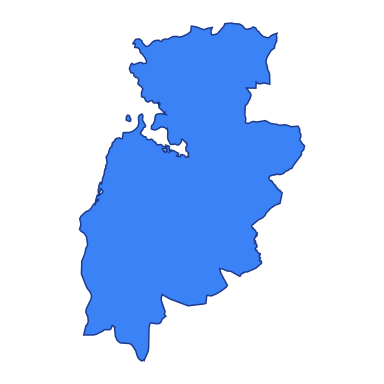 Misungwi, Mwanza, United Republic of Tanzania (Robinson projection)
{"feature_id": "72390352B3687042598615", "entity_name": "Misungwi", "entity_type": "district", "adm_level": 2, "iso_a3": "TZA", "parent_name": "United Republic of Tanzania", "parent_adm1": "Mwanza", "projection": "robinson", "projection_center": [32.979, -2.954], "detail": "fine", "context": "isolated", "style": "filled", "palette": "blue", "viewbox_px": 384, "rotation_deg": 0, "n_neighbors": 0, "source": "geoboundaries", "source_scale": "gbopen_adm2", "svg_char_len": 5954}
<svg xmlns="http://www.w3.org/2000/svg" viewBox="0 0 384 384"><path d="M83.7,335.0L93.1,335.0L96.1,334.4L102.9,331.0L104.3,329.7L109.4,329.7L110.7,329.2L112.3,325.4L115.0,327.4L114.5,327.9L115.4,336.3L116.7,339.5L118.0,341.2L120.4,342.9L128.9,343.5L130.4,344.0L132.4,345.6L135.7,350.7L137.6,356.9L139.1,359.1L141.7,361.0L143.7,359.8L144.1,360.5L148.1,351.4L148.6,348.5L149.0,328.0L149.8,323.9L150.7,322.9L157.1,323.8L159.5,323.4L160.5,322.8L162.4,318.9L165.9,316.1L164.3,314.5L165.1,311.6L161.3,300.6L161.3,297.5L162.2,294.5L170.0,299.0L188.2,305.8L204.1,303.9L205.9,303.3L206.8,295.4L211.5,295.9L216.3,293.9L221.6,290.7L226.1,287.3L227.4,285.4L221.0,273.5L219.6,268.8L222.4,268.9L227.2,271.0L230.8,271.3L239.9,276.4L241.4,273.9L245.6,271.8L247.1,272.0L255.8,268.2L261.5,263.2L261.5,261.9L260.8,260.6L259.8,260.9L259.4,259.6L260.5,258.1L259.6,257.2L259.1,255.3L260.1,254.9L260.3,253.8L257.8,252.7L256.8,250.2L255.2,249.7L255.3,248.1L256.5,247.5L257.2,246.1L256.5,245.4L256.5,244.0L254.8,243.4L254.7,242.6L255.8,241.9L255.3,240.8L254.4,240.8L254.1,239.3L254.8,238.7L255.2,237.1L255.8,236.9L256.0,235.9L256.8,235.9L257.1,235.0L256.2,234.9L257.4,233.1L256.4,232.6L255.3,230.3L254.5,230.2L254.0,229.0L253.1,228.8L253.1,228.0L252.1,227.9L251.5,225.7L258.5,219.8L262.1,218.1L264.9,215.6L266.0,213.3L270.6,208.3L275.3,205.1L280.0,203.4L282.1,193.3L282.0,192.4L280.4,191.5L279.9,190.2L278.1,190.0L278.0,188.7L276.3,187.2L275.4,185.2L274.3,184.8L271.6,180.7L270.6,180.9L269.1,179.2L268.9,177.8L270.0,176.0L273.2,174.9L274.6,175.1L275.8,174.2L277.2,174.5L277.9,173.9L279.7,174.7L283.2,173.6L286.2,170.8L287.6,170.8L289.7,169.0L291.8,168.4L293.5,165.3L301.5,154.7L301.4,152.1L303.7,149.7L304.5,145.8L302.1,143.4L300.1,140.1L299.8,138.8L300.8,137.1L300.8,134.3L299.5,131.8L299.9,129.6L298.1,126.2L291.2,126.7L285.8,124.8L278.7,125.3L277.7,124.5L270.8,123.5L265.4,120.6L256.6,122.0L253.1,121.4L248.1,123.5L245.4,122.6L245.8,118.4L244.9,115.5L245.2,105.9L247.4,103.7L250.0,98.6L251.0,95.3L250.6,93.6L246.5,88.0L255.9,88.2L256.2,82.1L258.5,83.8L259.6,83.9L264.1,83.0L269.8,84.2L269.6,73.9L267.4,68.7L267.4,66.9L266.0,62.4L266.3,59.6L267.0,57.4L271.2,50.3L274.3,48.2L275.0,44.4L276.8,40.9L276.5,39.9L276.9,37.7L276.3,35.5L277.0,33.3L273.5,34.4L270.6,36.0L269.4,37.4L267.4,37.8L262.9,36.3L260.0,33.6L259.0,31.8L256.9,30.4L255.7,27.9L252.9,27.0L251.9,28.0L249.9,28.7L246.0,29.3L244.8,28.6L242.6,25.8L239.4,24.0L233.6,23.7L232.0,23.0L224.9,23.7L223.8,26.3L217.5,33.6L214.9,34.5L211.9,34.9L211.2,34.0L211.0,30.8L212.3,27.4L207.6,28.3L203.7,29.7L196.0,26.8L191.4,26.1L190.7,31.5L187.9,33.9L181.6,36.8L180.6,36.7L179.2,37.3L176.9,36.4L172.6,36.6L167.9,39.2L165.5,39.0L163.4,39.5L162.2,40.2L161.5,41.4L160.2,41.3L158.8,40.2L154.7,40.6L152.4,42.1L149.6,45.2L147.0,46.5L145.8,46.4L142.6,43.1L141.8,40.8L139.3,38.9L135.7,39.3L133.1,43.1L132.9,43.7L133.3,43.9L135.3,43.8L134.7,47.4L137.9,47.8L139.2,48.8L140.6,52.9L142.5,54.4L144.7,57.3L146.5,61.0L146.4,62.7L145.6,63.4L143.2,63.5L141.9,62.6L139.6,62.5L133.8,64.7L132.0,63.3L130.9,64.6L129.5,68.1L129.4,68.9L130.9,72.7L133.3,73.2L134.0,74.5L133.9,75.7L136.0,77.6L137.5,77.6L138.3,78.4L138.7,80.3L137.9,83.5L138.4,84.5L141.5,86.9L142.8,89.0L141.5,92.4L141.5,96.5L141.9,97.0L144.5,97.7L145.6,100.7L146.7,101.6L148.4,102.0L151.1,100.6L152.3,101.1L152.0,100.2L152.5,101.1L152.3,100.2L152.6,100.7L153.2,102.6L154.0,103.0L156.0,102.8L157.5,103.4L158.3,102.3L159.1,102.2L159.1,103.0L160.0,103.8L159.5,105.4L159.2,103.7L158.7,103.5L158.6,104.1L159.2,105.5L160.0,105.8L158.8,105.7L159.1,107.7L163.0,111.3L163.7,112.7L165.0,112.3L164.7,112.9L166.2,114.5L164.3,114.1L163.7,114.5L161.5,113.5L157.2,114.1L155.9,114.9L155.1,116.7L154.8,120.4L154.1,122.2L153.1,124.3L151.5,125.8L151.4,129.0L154.3,130.0L155.9,129.9L161.4,126.8L164.8,127.5L166.8,129.2L167.3,128.7L167.8,131.9L167.6,137.3L168.1,139.8L170.6,144.5L175.6,144.1L177.2,145.0L178.8,144.8L181.4,141.8L181.6,139.3L183.1,139.7L185.0,142.0L186.1,142.4L186.5,143.8L187.1,143.8L187.1,145.3L185.9,147.3L186.0,150.6L188.7,153.1L188.1,154.4L188.5,156.9L187.1,156.7L186.3,157.3L185.3,156.9L184.6,155.5L181.9,154.5L180.7,154.9L180.7,156.0L179.9,156.8L176.5,156.1L176.6,155.5L178.6,155.2L178.6,153.4L173.4,150.6L171.3,150.1L170.2,151.8L169.5,152.2L170.2,150.7L168.9,150.0L170.6,150.6L169.4,149.0L169.3,146.6L168.5,145.9L166.0,145.2L166.8,146.7L166.5,148.1L167.3,150.7L166.3,149.1L166.2,149.6L167.1,151.6L165.7,152.5L165.0,151.4L165.0,151.9L163.8,151.6L162.3,148.6L164.9,148.4L165.9,146.6L162.4,146.3L161.9,145.0L160.8,144.5L157.3,145.0L155.3,142.1L153.2,141.0L152.7,139.8L151.2,139.1L149.6,139.8L146.9,139.4L145.8,136.9L143.5,136.4L142.6,135.3L141.1,134.7L140.5,132.8L141.1,132.5L141.2,131.0L142.4,130.3L143.6,127.6L144.9,127.2L145.6,125.7L142.8,120.7L142.5,119.3L143.0,115.9L141.9,114.0L139.7,115.0L138.4,117.2L138.9,123.0L137.7,127.0L135.6,129.2L133.4,130.9L129.9,132.4L123.2,132.6L122.4,138.5L120.6,138.7L119.4,137.8L116.8,138.4L115.1,139.3L115.2,140.0L114.4,141.1L112.4,142.8L111.8,145.8L112.4,146.8L111.8,146.3L109.9,148.2L108.2,154.0L106.1,156.9L107.2,162.9L105.6,166.0L105.8,168.5L105.2,168.7L104.7,169.8L104.1,174.4L102.6,178.4L102.0,183.1L101.5,183.9L100.8,182.4L100.0,182.8L98.8,186.0L99.0,187.5L98.4,189.0L98.2,191.9L98.6,194.0L100.4,190.5L100.6,188.8L101.1,188.8L103.2,191.7L102.6,191.4L102.5,192.7L100.1,194.1L99.3,195.7L97.2,195.2L95.6,200.8L96.3,201.7L96.8,200.2L98.4,199.4L98.3,200.8L97.0,201.0L95.9,202.2L95.5,202.0L95.3,204.4L94.5,203.6L93.7,204.1L90.9,208.6L88.5,210.8L86.5,211.3L85.0,212.4L81.1,216.1L79.7,218.7L80.8,223.6L80.6,225.9L79.5,229.3L80.9,231.1L84.4,233.5L86.5,236.9L87.5,244.1L87.5,245.5L85.9,248.2L84.8,253.8L81.8,261.3L81.4,273.3L81.7,274.9L86.9,287.8L89.8,291.6L91.3,294.8L91.4,297.5L90.9,299.4L86.3,308.8L85.8,312.2L87.8,316.7L88.3,321.4L87.7,323.4L86.5,325.6L86.0,325.6L83.7,335.0ZM129.6,121.5L130.4,121.1L130.9,119.9L130.6,118.4L129.8,117.6L129.5,115.6L127.5,115.2L126.5,116.6L126.1,120.0L129.6,121.5Z" fill="#3b82f6" stroke="#1e3a8a" stroke-width="1.5"/></svg>